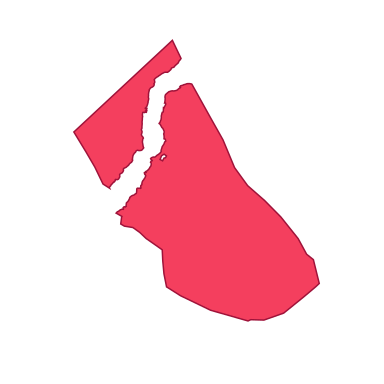 the district of Zemam Out, Al Bahr al Ahmar, Egypt, rotated 67°
{"feature_id": "37247803B70127900746184", "entity_name": "Zemam Out", "entity_type": "district", "adm_level": 2, "iso_a3": "EGY", "parent_name": "Egypt", "parent_adm1": "Al Bahr al Ahmar", "projection": "albers", "projection_center": [31.154, 27.336], "detail": "fine", "context": "isolated", "style": "filled", "palette": "rose", "viewbox_px": 384, "rotation_deg": 67, "n_neighbors": 0, "source": "geoboundaries", "source_scale": "gbopen_adm2", "svg_char_len": 5911}
<svg xmlns="http://www.w3.org/2000/svg" viewBox="0 0 384 384"><g transform="rotate(67 192 192)"><path d="M138.6,201.7L140.0,202.8L140.3,203.1L141.6,204.2L142.4,204.4L142.8,204.6L143.5,205.9L143.9,206.9L144.4,208.8L144.4,209.4L144.7,210.4L145.2,211.7L145.3,212.5L145.2,213.1L144.8,213.6L144.6,214.7L144.6,215.3L144.7,216.1L144.9,216.7L145.1,216.9L145.2,217.1L145.4,217.1L146.3,216.8L147.5,216.3L147.7,216.6L147.6,217.5L148.4,218.6L148.5,218.6L148.7,218.4L149.5,218.3L149.8,218.4L150.6,218.7L151.9,219.6L152.8,221.1L153.8,222.3L154.1,222.9L154.9,224.8L155.0,225.5L155.1,226.7L155.3,226.8L155.5,226.8L155.8,226.6L156.1,226.6L156.0,227.1L155.5,227.4L155.5,227.7L155.7,228.4L155.9,228.4L157.2,228.6L157.8,228.2L158.4,228.2L159.0,228.5L159.1,228.4L160.4,229.5L161.2,230.9L161.7,231.4L162.2,232.4L162.5,233.0L163.2,233.8L164.5,234.8L165.1,235.0L165.7,235.4L165.9,235.9L165.9,236.3L166.0,236.5L166.3,236.7L166.7,237.0L167.5,237.2L168.5,237.6L168.6,237.9L168.2,238.4L168.0,238.7L167.6,239.9L167.2,240.6L167.2,241.0L167.3,241.3L167.7,241.7L169.6,242.6L170.5,243.1L171.4,243.7L171.6,244.0L171.6,244.7L171.6,245.1L171.9,245.7L172.0,246.3L172.1,247.1L171.9,248.0L172.0,249.1L172.1,249.6L172.6,251.2L173.2,251.8L173.6,252.0L175.2,254.0L175.5,254.4L176.0,255.5L176.1,255.9L176.4,256.3L176.4,256.6L177.3,257.2L178.0,257.4L178.4,257.9L179.3,258.0L179.5,258.1L179.6,258.4L179.6,258.9L179.7,259.2L179.5,259.4L179.4,259.8L179.1,260.1L179.2,260.9L179.4,261.2L179.6,261.6L180.2,261.8L180.7,261.8L180.9,261.7L181.1,262.0L180.9,262.3L180.4,263.5L180.5,264.4L180.4,264.7L180.5,265.1L180.5,265.5L180.8,266.3L181.0,267.2L181.0,267.5L181.1,268.0L181.0,268.4L181.8,270.1L187.0,266.1L187.1,266.3L193.6,270.1L197.0,267.6L201.6,260.3L208.8,255.9L216.9,252.4L224.2,247.8L233.6,242.0L243.9,245.8L256.4,249.8L269.4,252.5L283.0,243.1L308.1,221.1L332.6,190.8L332.5,187.8L338.0,175.8L339.3,154.9L332.2,130.1L327.5,114.9L325.9,110.6L301.7,106.7L294.1,110.8L276.4,112.5L249.6,120.0L228.2,128.5L207.9,138.3L186.2,143.3L156.1,143.1L131.2,145.9L92.7,150.0L92.4,150.2L91.3,151.8L90.5,153.8L90.3,154.7L90.3,155.5L90.3,156.1L90.1,157.1L90.0,157.6L90.1,158.7L89.8,161.1L90.4,162.1L91.2,161.7L91.5,162.1L91.6,163.6L92.1,165.0L92.3,165.3L92.4,166.8L92.1,168.4L91.8,169.5L91.7,169.6L91.6,169.9L91.2,170.5L90.8,172.0L90.8,173.1L90.6,173.9L91.0,175.4L91.5,176.9L92.0,178.3L93.0,179.2L94.2,179.9L95.0,179.9L95.4,180.2L95.9,180.4L97.5,181.2L99.1,182.2L99.4,182.5L99.6,182.2L99.8,181.7L100.8,181.8L101.9,182.8L102.6,183.9L103.6,184.8L103.2,185.3L106.8,187.0L107.1,187.3L107.0,188.2L108.1,189.2L108.8,189.6L109.3,190.1L110.3,190.7L111.4,191.1L112.2,191.5L112.5,191.8L113.1,192.0L113.7,192.7L114.1,193.1L114.6,193.6L115.0,193.8L115.3,194.2L115.4,194.4L116.0,195.5L116.4,195.4L116.7,195.1L117.3,194.9L118.0,194.8L118.8,194.7L120.3,194.6L120.9,194.5L122.0,194.0L124.9,193.9L125.4,194.0L125.8,194.1L126.9,194.8L127.5,195.4L128.4,195.5L130.6,196.2L132.1,197.0L132.2,196.9L132.2,196.7L132.5,196.5L132.6,196.2L133.0,196.0L134.1,196.1L134.8,196.3L135.1,196.5L135.1,197.2L135.3,197.6L135.9,198.2L136.4,198.5L137.4,199.8L138.6,201.7ZM151.8,206.9L149.6,208.7L146.7,205.8L146.3,202.9L148.8,201.4L150.1,203.0L149.8,204.5L151.8,206.9ZM90.6,277.3L113.8,273.9L131.1,271.7L149.9,270.8L156.3,266.4L155.8,266.4L155.1,265.9L154.5,264.4L153.7,263.5L153.4,262.5L152.2,260.1L152.3,259.8L152.2,259.8L152.0,259.3L152.0,259.0L151.7,258.4L151.1,257.9L150.8,257.9L150.6,257.7L150.6,257.3L151.2,256.5L151.4,255.9L151.5,255.8L151.4,254.6L151.2,254.3L149.8,252.5L148.7,252.1L148.3,252.0L147.7,251.8L147.5,251.7L147.3,251.0L147.3,250.5L147.1,249.7L147.1,249.0L146.9,248.4L145.9,247.1L145.5,246.7L145.2,246.6L144.4,246.4L144.2,246.3L144.0,246.1L143.9,245.7L143.7,245.7L143.5,245.0L143.6,243.6L143.5,242.8L143.4,242.7L142.9,241.1L142.7,240.6L142.6,240.4L142.7,240.2L142.4,239.8L142.3,239.4L141.9,239.0L141.4,238.0L141.1,236.7L141.0,236.0L140.8,235.9L139.9,234.5L139.7,234.3L138.9,234.1L138.6,234.2L138.4,233.9L138.6,233.9L138.3,233.8L138.2,233.8L137.9,233.7L135.4,232.1L133.9,230.1L133.6,229.5L133.5,228.8L133.2,228.3L132.6,227.7L132.3,227.2L132.2,226.0L132.5,225.5L132.6,225.3L133.1,224.8L133.3,224.4L133.5,223.5L133.8,222.9L133.8,221.9L133.6,221.2L132.6,219.4L132.5,219.2L132.0,219.2L131.1,219.2L129.2,218.7L126.5,218.1L124.0,216.6L123.4,215.7L122.4,215.7L120.8,216.2L119.9,216.3L119.3,216.1L118.9,215.7L117.4,214.6L117.0,214.4L116.7,214.4L116.4,214.3L115.2,214.3L114.4,214.0L114.2,213.8L114.1,213.5L113.5,213.0L113.2,213.0L112.0,212.4L109.7,211.2L107.8,210.5L107.0,210.0L106.8,209.9L105.3,209.1L104.6,208.9L104.3,208.6L103.5,208.2L103.0,207.8L101.9,207.7L101.4,207.5L101.0,207.1L100.7,207.0L100.3,206.7L100.0,206.6L99.7,206.4L99.5,206.1L99.9,205.1L100.3,204.8L100.3,204.5L100.2,204.0L100.3,203.8L100.6,203.2L100.8,203.1L100.8,202.9L100.4,202.5L100.2,202.4L99.9,202.4L99.5,202.5L99.2,202.8L99.1,202.4L99.2,202.2L99.5,202.0L99.2,201.6L98.3,201.7L97.8,201.2L97.8,201.3L97.7,201.2L97.4,201.3L97.2,201.4L97.0,201.7L97.1,202.0L96.9,202.3L96.6,202.3L96.3,201.4L95.6,200.2L93.9,198.6L93.1,198.0L92.5,197.6L92.2,197.3L91.7,197.2L91.1,196.7L89.3,195.4L87.9,195.2L87.2,194.9L86.2,194.3L85.1,193.9L84.5,193.6L83.8,193.1L83.3,192.9L81.9,191.7L81.4,191.6L81.2,191.4L80.8,190.7L80.4,190.2L80.0,189.4L79.9,187.5L79.8,187.0L79.5,186.0L79.1,185.5L78.8,185.2L78.7,185.0L78.0,184.7L77.6,184.7L77.4,184.7L76.8,183.7L76.4,183.4L75.6,183.1L74.9,183.1L74.3,182.8L73.9,182.9L73.7,182.6L73.2,181.9L73.1,181.6L72.7,180.3L72.4,178.7L72.4,178.1L72.3,177.9L72.2,177.5L72.0,177.3L72.0,176.3L71.4,174.0L71.3,173.3L71.3,172.9L71.3,172.6L71.2,171.6L71.1,171.0L71.2,170.2L71.4,169.6L72.3,167.6L72.0,166.7L71.8,165.6L71.6,165.3L71.5,165.1L71.2,164.0L70.7,163.2L70.0,162.6L69.9,161.9L69.9,161.4L70.0,160.8L70.0,159.7L69.1,158.2L68.3,155.7L68.0,155.1L67.9,154.4L67.7,154.3L67.2,153.6L66.4,152.8L66.3,152.5L66.1,152.2L65.9,151.8L65.8,151.3L64.8,149.9L44.7,150.8L90.6,277.3Z" fill="#f43f5e" stroke="#9f1239" stroke-width="1.5"/></g></svg>